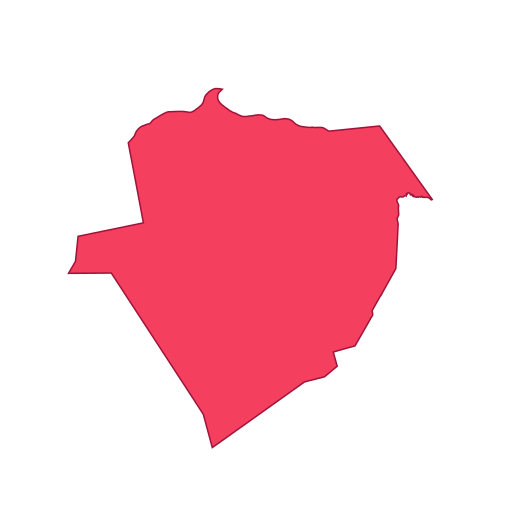 outline of Capital, La Rioja, Argentina, rotated 74°
{"feature_id": "61730980B64159378499320", "entity_name": "Capital", "entity_type": "district", "adm_level": 2, "iso_a3": "ARG", "parent_name": "Argentina", "parent_adm1": "La Rioja", "projection": "orthographic", "projection_center": [-66.622, -29.46], "detail": "fine", "context": "isolated", "style": "filled", "palette": "rose", "viewbox_px": 512, "rotation_deg": 74, "n_neighbors": 0, "source": "geoboundaries", "source_scale": "gbopen_adm2", "svg_char_len": 5231}
<svg xmlns="http://www.w3.org/2000/svg" viewBox="0 0 512 512"><g transform="rotate(74 256 256)"><path d="M165.1,101.3L164.2,106.2L156.1,151.4L155.1,152.5L154.3,153.2L153.5,153.9L152.7,154.6L151.9,155.4L151.2,156.2L150.7,157.1L150.3,158.2L150.0,159.2L149.7,160.2L149.4,161.3L149.1,162.4L148.9,163.4L148.6,164.4L148.1,165.4L147.7,166.4L147.5,167.5L147.3,168.6L147.0,169.6L146.6,170.6L146.2,171.6L145.8,172.6L145.4,173.6L144.9,174.6L144.5,175.6L144.0,176.6L143.5,177.6L142.9,178.5L142.2,179.3L141.5,180.1L140.7,180.9L139.9,181.6L139.0,182.2L138.1,182.8L136.8,183.4L135.4,184.6L134.6,185.4L133.9,186.2L133.3,187.1L132.8,188.1L132.5,189.1L132.0,190.1L131.7,191.1L131.7,192.2L131.4,193.3L131.3,194.3L131.2,195.4L131.0,196.5L130.8,197.6L130.6,198.6L130.4,199.7L130.1,200.7L129.7,201.8L129.3,202.8L128.9,203.8L128.4,204.7L127.8,205.6L127.1,206.5L126.4,207.3L125.6,208.0L124.7,208.7L123.9,209.4L123.1,210.1L122.4,211.0L122.0,212.0L121.6,213.0L121.3,214.0L120.9,215.0L120.7,216.1L120.6,217.2L120.4,218.3L120.3,219.3L120.2,220.4L120.1,221.5L119.9,222.6L119.6,223.6L119.5,224.7L119.4,225.8L119.2,226.9L118.9,227.9L118.6,229.0L118.3,230.0L117.8,231.0L117.2,231.8L116.5,232.7L115.8,233.5L115.1,234.3L114.3,235.1L113.5,235.8L112.9,236.7L112.3,237.6L111.7,238.5L110.9,239.3L110.1,240.0L109.4,240.8L108.6,241.5L107.7,242.2L106.8,242.8L106.0,243.5L105.2,244.2L104.3,244.9L103.4,245.5L102.5,246.1L101.7,246.8L100.8,247.4L99.8,247.9L98.9,248.4L97.8,248.8L96.8,249.1L95.7,249.3L94.7,249.4L93.6,249.3L92.6,249.0L91.5,248.8L90.6,248.3L89.7,247.5L88.9,246.8L88.3,246.0L87.8,245.0L87.3,244.0L86.4,242.4L85.8,243.6L85.4,244.6L84.9,245.5L84.6,246.6L84.3,247.6L83.9,248.6L83.9,249.7L83.9,250.8L84.0,251.9L84.3,252.9L84.6,254.0L84.9,255.0L85.2,256.0L85.8,257.0L86.3,257.9L86.8,258.9L87.4,259.8L88.1,260.6L88.9,261.3L89.8,262.0L90.7,262.5L91.7,263.1L92.6,263.7L93.5,264.3L94.3,265.0L95.0,265.8L95.6,266.7L96.2,267.6L96.6,268.6L97.1,269.6L97.6,270.6L97.9,271.6L98.2,272.7L98.7,273.6L99.1,274.6L99.4,275.7L99.6,276.7L99.8,277.8L99.9,278.9L99.7,279.9L99.3,281.0L98.8,281.9L98.4,282.9L97.9,283.9L97.5,284.9L97.1,285.9L96.7,286.9L96.4,288.0L96.1,289.0L95.8,290.1L95.5,291.1L95.3,292.2L95.0,293.2L94.7,294.3L94.5,295.3L94.2,296.4L94.0,297.5L93.8,298.5L93.4,299.5L93.2,300.6L93.2,301.7L93.2,302.8L93.4,303.9L93.6,304.9L93.8,306.0L94.0,307.0L94.2,308.1L94.6,309.1L94.8,310.2L95.1,311.2L95.4,312.3L95.7,313.3L96.0,314.4L96.2,315.4L96.5,316.5L96.9,317.5L97.4,318.4L98.0,319.4L98.7,320.2L99.2,321.2L99.4,322.2L99.4,323.3L99.3,324.4L99.4,325.5L99.5,326.6L99.6,327.7L99.7,328.8L99.8,329.8L100.0,330.9L100.4,331.9L100.8,332.9L101.3,333.9L101.9,334.8L102.5,335.7L103.2,336.6L103.9,337.3L104.8,338.0L105.6,338.7L106.5,339.3L107.3,340.1L107.9,341.0L108.5,341.9L109.0,342.8L109.7,343.7L110.2,344.6L110.8,345.6L111.3,346.5L112.0,347.6L140.5,350.2L193.1,355.1L188.0,421.6L211.4,431.0L221.0,441.0L232.5,399.8L236.7,398.5L367.4,358.3L383.8,353.3L393.7,350.3L428.1,350.8L427.8,350.0L426.6,346.5L419.9,327.5L419.7,327.0L419.5,326.3L418.5,323.5L418.4,323.4L414.3,311.5L412.0,305.1L411.4,303.4L396.2,260.5L390.4,244.1L391.0,223.4L384.3,208.3L382.5,208.3L369.6,208.2L369.6,203.4L369.6,195.5L369.7,187.6L369.7,185.6L348.2,163.5L345.1,160.3L344.6,160.0L344.1,159.8L341.2,159.5L340.7,159.3L340.2,159.1L328.1,146.8L328.3,146.7L326.5,144.9L326.4,144.9L311.0,129.4L306.6,125.0L275.8,114.4L266.0,111.1L265.7,111.0L265.2,110.8L264.8,110.6L264.5,110.5L264.4,110.5L263.9,110.5L263.3,110.5L262.7,110.4L262.0,110.3L261.5,110.3L261.4,110.3L259.3,110.2L259.1,110.1L258.8,110.0L258.2,109.4L257.5,108.9L256.5,108.1L256.2,107.8L255.7,107.4L255.0,107.3L254.6,107.2L254.1,107.1L253.6,106.9L252.9,106.8L252.3,106.7L252.0,106.6L250.7,106.3L249.5,106.0L248.9,105.8L248.7,105.8L248.5,105.7L248.2,105.6L247.9,105.4L247.6,105.3L247.2,105.1L246.9,105.0L246.6,104.9L245.9,104.9L245.3,105.0L244.5,105.1L244.1,105.2L242.5,105.3L242.0,105.4L241.8,105.4L241.6,105.4L241.1,105.3L240.8,105.1L240.5,104.9L240.4,104.6L239.9,103.8L239.7,103.5L239.4,103.0L239.1,102.7L238.9,101.9L238.8,101.0L238.8,100.7L239.3,100.0L239.5,99.7L239.7,98.6L239.7,98.3L239.7,98.1L239.7,97.9L239.5,97.4L239.2,97.0L239.1,96.8L239.0,96.2L239.1,95.9L239.2,95.7L239.3,95.5L239.5,95.3L239.4,95.3L239.3,95.2L239.0,94.9L238.9,94.8L238.9,94.6L238.7,94.2L238.5,93.8L238.3,93.9L238.2,94.0L237.9,94.0L237.4,94.0L237.2,93.4L237.3,92.6L237.2,92.0L237.2,91.7L237.5,91.7L237.9,91.3L238.0,91.2L238.4,90.9L238.7,90.8L238.8,90.8L239.0,90.8L239.5,90.8L239.7,90.7L239.9,90.5L239.9,90.4L239.8,90.0L239.5,89.6L239.6,89.3L239.8,89.4L240.4,89.3L240.5,88.6L241.0,88.2L241.0,88.3L241.4,88.6L241.5,88.7L241.8,88.7L242.1,88.6L242.2,88.4L242.3,88.3L242.4,88.0L242.3,87.7L242.6,87.3L242.9,86.9L243.1,86.6L243.6,86.0L243.7,85.8L243.7,85.2L243.5,84.8L243.6,84.7L244.0,84.3L244.3,84.0L244.3,83.9L244.2,83.8L244.2,83.6L244.1,83.0L244.1,82.8L244.2,82.4L244.4,82.2L244.7,81.8L244.8,81.3L244.2,80.2L244.3,80.0L244.4,79.9L245.2,79.8L245.3,79.8L245.5,79.4L245.9,78.7L246.0,78.5L246.0,77.8L246.5,76.7L246.5,75.9L246.8,75.1L247.1,74.9L247.3,74.7L247.3,74.4L247.3,74.2L247.8,73.8L248.2,73.4L248.3,73.4L249.0,72.9L249.8,72.4L250.0,72.3L250.3,72.2L250.4,71.9L250.3,71.4L250.3,71.0L250.2,71.0L249.6,71.2L249.4,71.3L165.1,101.3Z" fill="#f43f5e" stroke="#9f1239" stroke-width="1.5"/></g></svg>